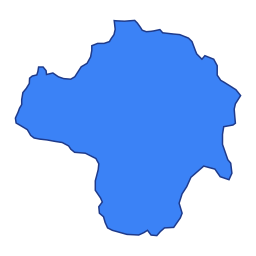 Yeongcheon-si, North Gyeongsang, South Korea
{"feature_id": "91817680B48235767363306", "entity_name": "Yeongcheon-si", "entity_type": "district", "adm_level": 2, "iso_a3": "KOR", "parent_name": "South Korea", "parent_adm1": "North Gyeongsang", "projection": "natural_earth1", "projection_center": [128.917, 36.001], "detail": "fine", "context": "isolated", "style": "filled", "palette": "blue", "viewbox_px": 256, "rotation_deg": 0, "n_neighbors": 0, "source": "geoboundaries", "source_scale": "gbopen_adm2", "svg_char_len": 1455}
<svg xmlns="http://www.w3.org/2000/svg" viewBox="0 0 256 256"><path d="M159.9,29.6L153.8,30.9L151.2,31.3L146.3,31.7L142.2,30.2L140.3,27.2L137.3,23.0L134.7,20.4L124.5,21.2L115.9,20.8L114.2,20.6L115.2,29.3L114.0,34.6L111.1,38.7L109.4,41.6L104.1,43.4L97.6,43.4L91.8,45.7L91.8,50.4L90.6,56.9L87.1,63.3L81.2,66.8L74.8,76.8L70.7,79.2L63.6,78.6L58.4,76.8L52.9,73.0L46.5,74.5L46.1,70.7L43.1,67.0L38.6,67.0L37.9,71.5L36.8,74.9L32.3,76.0L29.6,78.2L29.3,83.5L26.3,88.4L22.9,92.5L21.7,99.6L21.7,104.5L19.5,108.3L18.0,112.4L15.4,118.1L16.1,123.0L20.6,125.6L27.4,129.7L30.7,135.4L34.1,138.0L35.7,138.3L39.7,139.1L46.9,139.9L55.1,141.4L62.2,142.5L68.6,145.9L70.9,149.3L74.6,152.3L85.3,153.2L95.9,158.5L98.8,163.8L98.2,169.7L96.4,176.7L95.3,180.8L95.3,190.3L100.5,197.9L102.3,202.0L98.8,206.7L99.4,213.2L103.5,216.7L105.2,222.6L107.6,227.9L112.3,230.3L126.9,234.4L138.7,235.0L143.9,232.6L147.5,230.3L151.0,235.0L151.6,235.1L156.8,235.6L160.4,231.5L164.5,227.9L173.7,227.4L180.3,217.9L182.1,213.2L179.1,203.2L182.1,193.8L186.7,186.7L190.9,177.3L203.7,166.1L214.9,169.1L220.2,176.7L229.0,179.7L231.9,173.2L230.7,163.2L227.8,159.7L222.5,144.4L222.5,134.4L223.7,126.7L233.0,125.0L235.4,123.2L234.8,116.8L234.2,109.1L235.4,103.8L240.6,95.6L235.9,89.7L224.8,82.7L220.7,80.3L217.2,75.1L217.2,65.7L213.7,59.2L204.9,55.7L201.9,59.2L196.7,53.9L195.5,51.0L192.0,41.6L188.5,38.1L179.7,34.6L173.2,34.0L162.7,32.8L159.9,29.6Z" fill="#3b82f6" stroke="#1e3a8a" stroke-width="1.5"/></svg>